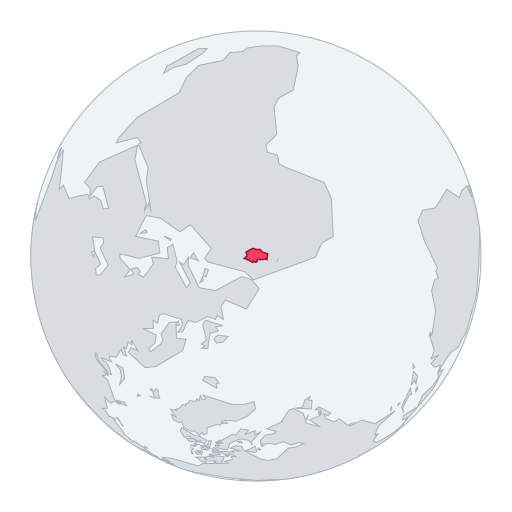 Béchar highlighted on a globe, orthographic projection, rotated 211°
{"feature_id": "DZA-2148", "entity_name": "Béchar", "entity_type": "Province", "adm_level": 1, "iso_a3": "DZA", "parent_name": "Algeria", "parent_adm1": "", "projection": "orthographic", "projection_center": [-2.712, 30.267], "detail": "fine", "context": "on_globe", "style": "filled", "palette": "rose", "viewbox_px": 512, "rotation_deg": 211, "n_neighbors": 0, "source": "natural_earth", "source_scale": "10m", "svg_char_len": 10576}
<svg xmlns="http://www.w3.org/2000/svg" viewBox="0 0 512 512"><g transform="rotate(211 256 256)"><circle cx="256" cy="256" r="225" fill="#eef3f6" stroke="#a8b0b8"/><path d="M51.2,162.2L53.9,156.6L66.1,134.9L76.3,120.1L87.7,106.2L100.2,93.3L113.7,81.3L128.6,70.9L123.0,75.0L128.2,71.8L135.5,66.7L139.1,64.3L166.7,51.1L192.2,41.1L196.5,39.0L198.5,39.1L203.0,37.0L205.8,36.4L205.0,36.6L205.6,36.5L214.5,34.6L217.1,34.2L222.9,33.3L225.2,33.2L218.8,34.9L220.2,35.1L226.4,33.8L232.6,33.4L223.3,35.2L233.2,34.9L224.3,39.1L197.5,46.2L194.7,50.6L172.8,64.2L177.0,63.8L171.3,69.5L174.0,71.3L169.2,73.9L175.5,73.2L179.4,70.5L183.5,69.5L185.5,70.5L179.7,73.7L177.8,73.7L177.2,75.3L173.4,76.6L176.4,76.5L169.1,80.7L179.1,78.2L175.7,83.0L170.1,85.4L167.0,82.9L146.5,84.5L139.9,87.3L133.6,93.1L129.4,108.1L123.6,112.5L118.4,120.1L123.2,118.3L129.0,111.9L136.7,111.1L142.9,104.0L146.9,102.9L154.7,97.0L157.4,100.5L155.7,107.3L149.4,112.6L148.5,116.0L157.7,113.4L148.9,126.4L148.3,140.9L145.6,144.3L134.7,145.6L126.8,138.7L112.7,142.7L125.7,143.1L118.7,152.6L119.2,155.7L121.8,157.2L126.0,154.9L124.4,159.1L111.0,159.8L112.2,155.9L116.4,155.6L112.7,152.7L103.5,154.2L100.7,159.5L89.9,158.1L87.8,162.1L84.2,164.4L88.4,158.0L80.7,169.9L67.6,173.6L56.9,195.1L63.2,174.3L62.9,168.3L61.5,163.6L59.6,166.9L60.4,157.6L56.6,158.3L48.6,172.3L43.1,187.2L42.9,195.5L45.9,190.8L47.5,195.0L39.8,209.9L41.5,222.5L37.6,235.8L37.2,246.0L39.7,249.0L41.8,257.5L45.5,252.7L50.6,253.8L48.3,265.5L52.9,258.0L54.5,266.7L65.9,277.0L64.5,278.9L73.7,301.4L87.5,316.6L90.6,327.1L88.6,331.2L94.2,335.8L94.3,339.2L119.8,356.0L135.4,369.8L136.7,381.1L127.1,389.5L126.7,411.4L111.7,410.8L113.4,418.3L111.3,424.8L101.5,417.6L110.1,426.1L109.4,426.6L104.6,422.7L108.0,425.8L92.2,410.6L77.9,394.0L60.2,362.7L55.6,353.3L47.2,336.8L36.5,299.2L36.7,290.4L35.5,282.8L39.5,273.4L40.2,256.0L39.3,251.3L37.3,254.6L35.8,236.2L37.7,221.3L45.9,174.7L47.2,171.4L51.2,162.2ZM53.4,201.5L55.7,222.4L51.3,217.5L52.7,216.8L52.8,209.9L51.8,201.0L48.9,197.6L53.4,201.5ZM61.3,195.0L60.6,192.4L61.7,194.1L61.3,195.0ZM140.2,63.4L135.4,66.8L127.8,71.7L131.5,68.9L140.2,63.4ZM155.0,55.4L153.4,56.4L147.8,59.0L150.5,57.5L155.0,55.4ZM199.0,38.1L194.6,39.3L198.0,38.3L199.0,38.1ZM223.3,33.2L223.7,33.1L226.6,32.7L223.3,33.2ZM152.7,95.6L153.7,96.3L151.7,97.0L152.7,95.6ZM155.2,92.5L152.3,92.8L153.0,91.4L154.8,91.3L155.2,92.5ZM232.7,32.4L237.0,32.2L231.5,32.7L232.7,32.4ZM158.7,92.5L154.7,89.0L156.1,86.7L164.1,84.2L158.7,92.5ZM238.9,32.3L249.6,32.2L251.5,31.7L252.2,33.7L242.8,32.7L235.7,33.2L239.4,32.6L238.9,32.3ZM179.8,69.3L175.8,72.1L177.3,68.9L179.8,69.3ZM179.8,67.6L178.8,60.3L185.8,57.0L184.7,59.9L192.3,55.3L196.2,57.2L192.9,60.1L187.7,61.8L193.2,61.3L179.8,67.6ZM250.8,35.1L252.5,35.5L249.5,35.4L250.8,35.1ZM185.3,68.8L184.5,67.5L190.5,64.4L193.2,66.6L190.4,66.8L185.3,68.8ZM192.4,53.3L197.3,51.7L201.9,52.7L204.4,52.3L196.9,57.0L192.4,53.3ZM190.0,68.1L194.4,67.9L193.4,70.3L186.5,70.0L190.0,68.1ZM190.9,62.8L193.8,61.5L193.1,62.9L190.9,62.8ZM192.2,79.6L191.1,77.6L194.1,75.8L192.2,79.6ZM196.2,67.7L196.5,66.8L197.6,66.0L200.2,66.5L196.2,67.7ZM200.6,57.5L201.5,58.4L203.9,55.6L207.4,56.6L201.8,59.6L205.7,58.7L206.7,59.0L201.0,61.2L200.6,57.5ZM206.1,64.5L200.1,69.3L201.5,73.1L198.9,74.7L197.1,68.4L206.1,64.5ZM203.6,62.3L204.5,64.0L200.7,65.0L197.8,64.5L203.6,62.3ZM211.8,56.3L207.9,54.0L209.3,53.4L211.8,56.3ZM207.2,65.4L208.6,64.2L207.8,65.5L207.2,65.4ZM211.2,58.7L209.7,57.9L211.3,57.3L211.2,58.7ZM212.8,62.8L210.8,64.3L208.7,63.9L212.8,62.8ZM212.7,60.8L215.2,60.1L209.2,62.9L211.7,60.5L212.7,60.8ZM213.0,58.3L213.4,57.7L213.4,58.7L213.0,58.3ZM221.8,63.8L214.6,67.3L210.0,66.3L217.6,62.9L221.8,63.8ZM295.7,34.2L279.0,32.3L288.7,33.2L288.9,33.5L293.8,34.3L300.5,35.3L299.7,35.1L322.6,41.4L343.3,48.5L336.0,45.4L336.2,45.5L351.3,51.9L365.8,59.3L379.8,67.8L393.1,77.2L405.7,87.6L417.5,98.9L428.5,111.1L438.5,123.9L447.6,137.5L455.7,151.7L462.7,166.5L468.7,181.7L468.3,180.7L470.9,189.1L468.4,182.0L463.2,173.2L465.6,185.3L471.1,215.9L475.7,235.5L475.9,248.1L466.4,228.4L459.0,211.9L457.5,217.4L446.1,209.1L431.9,222.5L428.2,219.0L425.9,224.0L417.6,223.7L411.2,217.6L407.0,221.1L423.5,237.0L427.9,233.4L429.1,221.8L433.1,228.6L440.9,230.6L438.5,255.9L414.6,290.1L409.5,276.2L376.6,244.1L376.0,239.0L375.7,238.4L375.1,237.6L375.1,246.4L368.4,239.7L389.1,264.3L393.8,276.1L414.4,291.3L413.1,294.4L418.9,296.4L433.9,281.0L434.6,286.0L429.2,313.8L406.0,356.1L407.5,373.7L403.1,390.0L385.0,406.6L383.1,417.0L373.2,424.0L370.3,430.0L360.4,438.3L345.2,447.4L323.1,452.9L324.5,448.4L317.7,440.8L309.5,417.2L318.0,403.1L317.2,392.9L300.9,371.0L304.7,356.3L299.7,350.8L289.6,353.5L283.4,346.8L277.1,347.2L235.4,354.0L221.0,344.1L199.9,312.6L206.3,300.5L204.5,285.6L245.7,234.3L257.7,236.7L293.9,226.2L299.0,227.4L298.3,239.7L328.3,249.0L333.8,237.5L357.4,239.2L370.9,234.2L369.4,210.8L347.3,218.4L340.0,209.1L354.9,193.8L373.7,187.8L371.5,184.1L356.7,179.6L358.0,170.5L351.2,177.5L356.2,180.4L352.0,185.1L347.2,182.9L347.9,179.6L341.4,179.8L339.9,196.5L344.8,201.2L329.6,208.6L336.3,217.4L333.2,223.2L320.7,210.6L319.7,205.0L299.0,192.9L298.7,199.3L318.2,211.4L313.5,211.2L313.3,221.0L309.7,213.4L288.4,199.5L272.7,205.6L257.8,230.9L247.5,233.6L236.6,229.6L236.8,205.7L259.8,202.4L260.1,194.8L251.1,184.8L258.8,185.0L258.0,180.8L266.2,179.3L273.5,168.0L281.2,165.8L279.9,153.1L283.7,150.5L283.3,158.6L287.2,163.4L305.9,158.8L308.3,155.5L305.9,147.8L311.3,147.9L306.7,141.1L315.4,135.6L300.9,137.0L297.7,129.0L300.7,121.7L297.0,119.5L292.2,131.7L292.7,136.5L297.2,140.1L296.1,154.5L290.6,158.1L281.9,144.6L273.1,148.5L270.2,137.1L285.0,109.7L293.3,103.3L315.7,107.7L316.2,113.1L308.4,113.9L319.5,119.8L316.7,116.1L321.2,116.5L319.4,109.8L322.5,109.8L315.4,103.6L319.0,102.9L323.4,106.8L323.7,97.2L330.1,94.5L328.6,92.4L325.3,90.9L335.6,89.1L334.1,87.7L330.1,87.7L324.6,85.0L318.7,79.8L322.6,79.4L325.2,81.2L336.6,84.9L343.0,90.4L344.0,89.8L339.3,85.0L325.5,80.4L320.9,77.4L327.5,78.8L324.7,78.1L323.6,76.5L326.2,74.8L319.0,73.1L301.9,58.8L305.1,54.8L312.9,57.1L305.0,48.9L309.3,46.3L305.7,46.1L299.5,42.9L298.0,43.5L295.8,43.3L279.2,36.8L278.3,35.6L267.0,33.8L265.1,33.9L265.1,34.7L252.2,33.7L251.5,31.7L255.8,31.5L252.5,31.0L262.7,31.0L269.7,31.1L282.9,32.4L285.5,32.7L295.7,34.2ZM235.5,261.1L235.3,265.7L235.5,261.1ZM396.5,192.8L405.9,188.1L396.6,177.1L399.4,174.6L395.2,172.1L395.9,176.4L384.9,169.0L387.1,162.8L383.4,157.7L380.0,159.2L377.8,172.0L393.5,182.3L393.5,189.0L396.5,192.8ZM66.4,277.2L67.5,280.7L65.4,279.1L66.4,277.2ZM49.1,221.4L50.3,223.9L50.5,227.0L49.2,225.8L49.1,221.4ZM63.4,240.7L65.6,244.3L62.6,242.6L63.4,240.7ZM56.4,225.4L61.6,238.3L55.9,236.5L52.9,228.5L55.9,231.2L56.4,225.4ZM57.5,200.6L57.9,202.9L56.7,204.6L57.5,200.6ZM62.1,196.4L61.7,196.0L62.1,193.6L62.1,196.4ZM119.5,152.6L120.6,152.7L122.5,154.9L120.2,155.4L119.5,152.6ZM139.9,157.5L136.9,164.2L137.4,159.5L133.5,161.0L129.8,153.4L144.1,145.7L138.3,150.3L139.9,157.5ZM128.7,141.9L129.5,147.1L128.0,141.8L128.7,141.9ZM245.1,161.0L249.3,163.3L248.2,168.3L238.4,172.7L239.9,165.3L245.1,161.0ZM255.5,165.4L249.6,151.7L255.4,149.0L253.1,152.7L257.6,152.3L255.1,158.3L266.4,169.7L266.2,175.0L248.3,179.2L254.3,174.7L249.8,172.5L255.5,165.4ZM224.2,126.9L221.7,122.4L237.6,122.0L238.1,126.4L228.4,130.6L222.1,128.0L224.2,126.9ZM173.6,89.4L171.6,88.7L173.2,87.7L176.2,87.4L173.6,89.4ZM191.4,78.8L183.9,91.7L181.3,91.4L180.0,100.0L172.6,102.8L173.6,97.0L166.9,105.9L164.9,101.9L161.2,108.2L164.3,95.0L162.2,92.2L167.4,94.2L174.3,91.6L176.6,89.6L181.8,82.1L180.7,75.4L187.3,72.2L192.3,71.8L193.6,72.9L188.9,74.5L194.0,74.9L188.1,78.1L191.4,78.8ZM247.1,76.7L241.1,76.7L250.4,80.6L244.5,82.8L246.0,83.1L243.2,86.3L242.2,91.0L239.1,91.5L240.1,93.2L238.2,95.6L238.5,98.1L233.0,100.1L232.9,103.5L230.3,102.5L231.7,107.9L228.2,104.9L225.4,108.1L230.3,109.4L199.6,116.6L189.4,123.0L182.8,130.3L177.7,124.8L180.6,114.8L187.9,104.2L198.4,99.2L194.2,98.0L198.0,95.4L199.7,97.5L199.3,92.8L202.9,91.3L209.4,83.5L206.5,78.4L208.8,75.7L211.7,77.0L212.0,73.5L219.1,74.2L220.9,72.5L229.6,71.7L234.2,75.8L235.9,73.5L242.6,73.2L247.1,76.7ZM224.2,63.7L231.0,67.3L231.2,70.5L215.8,70.5L213.2,72.0L203.4,72.8L203.4,68.3L206.2,68.5L208.9,67.6L207.8,69.3L210.7,67.3L214.7,67.6L218.0,66.2L219.3,67.7L224.2,63.7ZM302.7,222.0L306.3,221.9L311.4,220.3L311.3,226.7L302.7,222.0ZM288.1,212.7L291.0,211.4L293.4,219.1L289.7,219.5L288.1,212.7ZM290.5,204.5L291.0,210.7L288.5,207.6L290.5,204.5ZM285.8,157.2L288.7,155.6L289.8,157.3L289.2,160.3L285.8,157.2ZM273.4,90.9L270.0,89.9L270.3,88.9L265.2,84.5L269.1,82.8L273.7,84.9L273.4,90.9ZM366.9,215.9L364.2,221.5L361.6,220.2L363.1,218.5L366.9,215.9ZM337.4,225.0L345.1,225.8L337.3,226.8L337.4,225.0ZM276.9,88.4L274.3,86.7L277.8,87.0L276.9,88.4ZM271.7,81.5L275.5,81.3L269.0,82.1L271.7,81.5ZM430.0,372.7L412.0,404.5L404.7,408.7L406.1,402.2L414.6,384.5L424.0,375.0L429.4,365.1L430.0,372.7ZM476.3,236.7L478.8,245.1L478.4,249.4L476.3,236.7ZM306.7,75.9L309.4,83.5L313.9,88.7L320.6,90.9L312.4,91.5L305.4,83.3L306.7,75.9ZM302.1,60.7L296.3,59.4L297.9,58.3L299.5,58.4L302.1,60.7ZM299.2,61.1L293.7,62.9L289.9,61.1L295.0,60.0L299.2,61.1ZM285.5,74.7L286.1,77.0L283.2,76.6L285.5,74.7ZM254.2,35.1L252.6,35.5L252.5,35.0L254.2,35.1ZM295.2,43.8L292.1,43.3L292.1,42.4L295.2,43.8ZM283.7,41.8L285.8,43.0L281.9,41.8L283.7,41.8ZM291.0,46.1L285.9,43.6L293.1,45.8L291.0,46.1Z" fill="#d9dde1" stroke="#a8b0b8" stroke-width="1"/><path d="M256.7,248.7L257.1,248.7L257.3,248.7L257.6,248.7L257.8,248.7L258.1,248.7L258.4,248.7L258.7,248.8L259.0,248.8L259.3,248.8L259.5,248.8L259.8,248.8L260.0,248.8L260.4,248.8L260.5,248.8L260.9,248.8L261.0,248.8L261.1,248.7L260.9,248.5L260.7,248.6L260.7,248.4L260.8,248.4L261.3,248.2L261.5,248.2L261.7,248.3L261.8,248.3L261.9,248.5L262.0,248.7L264.9,247.8L263.8,251.4L263.8,251.5L264.6,252.5L266.5,254.1L264.6,258.0L262.5,260.9L262.0,261.2L258.9,261.8L258.5,262.0L258.1,262.3L257.0,263.1L256.5,263.4L255.7,263.8L254.9,263.6L254.1,263.2L253.7,262.9L253.1,262.6L252.4,262.7L247.2,264.0L244.8,258.5L245.2,258.5L245.6,258.4L245.7,258.8L246.0,258.9L246.3,258.8L246.7,258.3L247.0,257.9L247.3,257.4L247.6,257.0L248.0,256.8L248.4,256.5L248.6,256.3L249.0,256.1L249.5,255.9L250.0,255.5L250.4,255.0L250.7,254.8L251.1,254.7L251.6,254.7L252.2,254.6L252.8,254.2L252.8,253.7L253.0,253.6L253.2,253.3L253.0,253.0L253.0,252.9L252.9,252.8L252.9,252.7L252.7,252.6L252.6,252.4L252.4,252.5L252.2,252.5L252.2,252.4L252.3,252.2L252.3,251.8L252.3,251.7L252.5,251.6L252.8,251.6L252.8,250.6L253.1,250.4L253.2,250.5L253.3,250.5L254.3,250.3L254.5,250.2L255.0,250.1L255.6,250.0L255.5,249.6L255.2,249.0L255.4,248.9L256.1,248.8L256.7,248.7Z" fill="#f43f5e" stroke="#9f1239" stroke-width="1.5"/></g></svg>